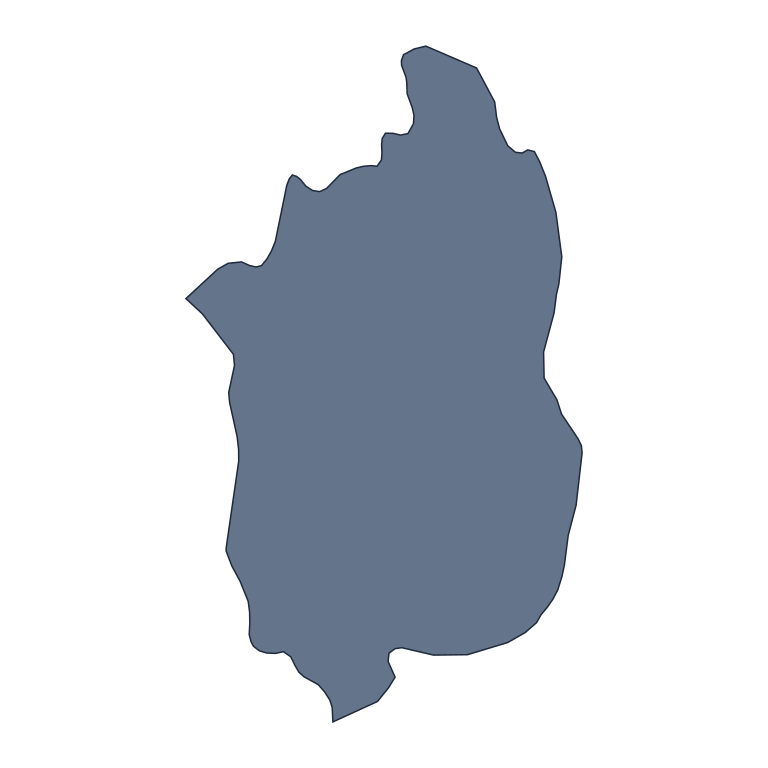 an SVG outline of Shiga
{"feature_id": "JPN-1853", "entity_name": "Shiga", "entity_type": "Prefecture", "adm_level": 1, "iso_a3": "JPN", "parent_name": "Japan", "parent_adm1": "", "projection": "equal_earth", "projection_center": [136.094, 35.224], "detail": "fine", "context": "isolated", "style": "filled", "palette": "slate", "viewbox_px": 768, "rotation_deg": 0, "n_neighbors": 0, "source": "natural_earth", "source_scale": "10m", "svg_char_len": 1538}
<svg xmlns="http://www.w3.org/2000/svg" viewBox="0 0 768 768"><path d="M476.6,68.0L494.7,102.0L496.6,117.2L499.7,129.1L507.8,145.8L515.5,152.3L522.3,153.0L527.7,149.9L534.4,151.6L539.5,161.4L545.5,176.2L555.9,212.3L561.8,256.8L558.9,283.9L556.5,294.1L554.1,312.8L543.6,352.0L544.1,378.1L556.9,399.8L561.6,414.2L577.9,438.5L581.4,445.6L582.1,452.9L576.1,505.2L568.2,535.4L564.4,565.1L561.9,576.7L557.8,589.8L553.1,598.9L547.4,607.1L541.0,614.8L536.6,622.6L525.4,632.4L507.8,642.5L467.5,654.7L433.5,655.1L401.8,647.7L395.0,648.7L389.0,653.2L388.1,661.4L395.1,677.2L388.5,687.8L377.6,701.4L332.9,721.9L332.2,707.5L329.8,700.0L324.6,691.9L318.3,684.7L304.0,676.8L298.9,672.2L294.8,665.1L290.8,656.8L283.4,651.7L275.5,653.4L266.7,653.0L259.5,650.9L253.6,646.4L251.1,641.9L249.2,634.7L249.8,623.0L249.6,612.3L248.2,601.4L240.2,581.5L231.9,566.1L226.1,551.0L226.2,547.7L238.7,461.2L238.6,449.4L237.1,436.5L229.6,402.4L228.7,392.5L234.5,365.4L233.4,354.3L202.3,313.8L185.9,298.6L217.7,269.2L228.1,263.3L241.5,261.9L249.5,265.5L256.0,267.0L261.5,265.6L267.0,258.8L271.3,251.3L275.3,241.5L286.8,185.2L289.3,178.8L292.3,175.0L296.4,176.3L300.3,179.3L306.0,186.3L312.8,190.6L319.8,191.6L326.5,188.5L340.2,174.5L356.2,168.0L363.4,166.3L371.4,165.6L377.0,166.3L381.4,160.0L382.0,153.1L381.6,145.0L382.2,138.6L385.4,133.2L393.1,133.3L400.4,135.1L407.9,133.6L413.4,123.9L414.0,115.5L412.3,107.8L407.2,94.0L406.7,81.9L406.0,77.2L401.6,65.3L401.4,60.8L403.5,54.7L414.3,48.9L425.8,46.1L476.6,68.0Z" fill="#64748b" stroke="#1e293b" stroke-width="1.5"/></svg>